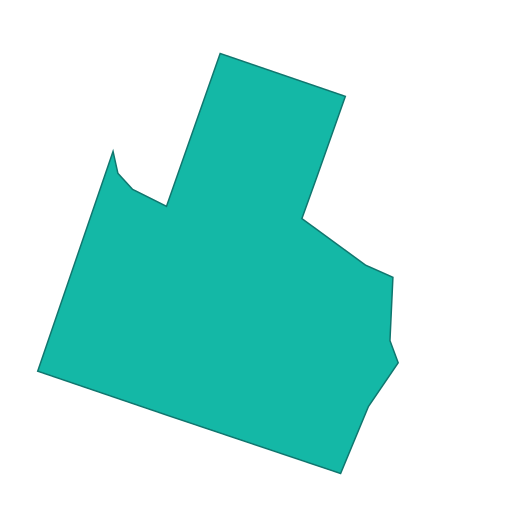 Putnam, Illinois, United States of America, rotated 109°
{"feature_id": "52423323B60390957293359", "entity_name": "Putnam", "entity_type": "district", "adm_level": 2, "iso_a3": "USA", "parent_name": "United States of America", "parent_adm1": "Illinois", "projection": "equal_earth", "projection_center": [-89.303, 41.213], "detail": "fine", "context": "isolated", "style": "filled", "palette": "teal", "viewbox_px": 512, "rotation_deg": 109, "n_neighbors": 0, "source": "geoboundaries", "source_scale": "gbopen_adm2", "svg_char_len": 372}
<svg xmlns="http://www.w3.org/2000/svg" viewBox="0 0 512 512"><g transform="rotate(109 256 256)"><path d="M434.1,105.2L361.7,100.7L310.7,86.8L292.4,101.8L231.6,119.6L229.0,149.4L205.7,224.8L161.7,224.2L76.0,223.5L76.2,355.8L238.2,356.8L233.2,394.4L222.8,413.5L203.7,425.2L436.0,424.9L435.5,287.9L434.1,105.2Z" fill="#14b8a6" stroke="#0f766e" stroke-width="1.5"/></g></svg>